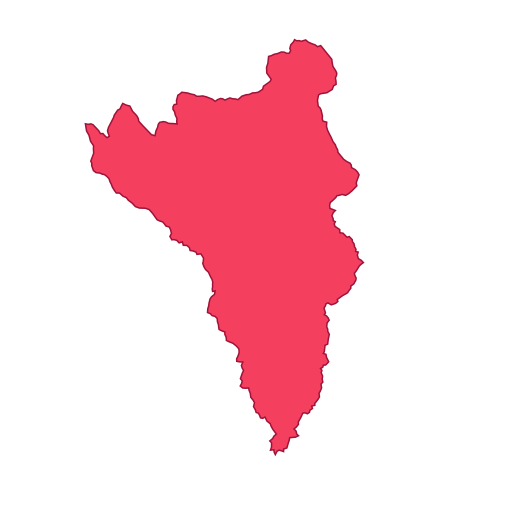 Guarani de Goiás, Goiás, Brazil, rotated 253°
{"feature_id": "56859067B43710707845726", "entity_name": "Guarani de Goiás", "entity_type": "district", "adm_level": 2, "iso_a3": "BRA", "parent_name": "Brazil", "parent_adm1": "Goiás", "projection": "albers", "projection_center": [-46.452, -13.879], "detail": "fine", "context": "isolated", "style": "filled", "palette": "rose", "viewbox_px": 512, "rotation_deg": 253, "n_neighbors": 0, "source": "geoboundaries", "source_scale": "gbopen_adm2", "svg_char_len": 5081}
<svg xmlns="http://www.w3.org/2000/svg" viewBox="0 0 512 512"><g transform="rotate(253 256 256)"><path d="M432.3,131.5L425.1,130.5L420.2,131.6L414.2,131.3L408.9,132.9L406.2,131.9L401.7,130.8L395.0,125.7L392.9,126.1L390.4,125.3L385.2,125.5L382.5,127.4L380.9,131.0L379.2,132.9L378.2,134.8L375.8,136.6L372.9,138.0L369.7,138.1L366.9,138.6L363.8,138.8L360.6,139.6L357.1,140.8L356.0,144.0L352.2,146.2L349.5,149.2L346.6,150.2L343.0,152.9L338.5,155.1L336.0,158.4L334.0,164.2L331.6,167.4L326.9,169.6L319.6,172.0L318.0,173.7L315.8,176.8L313.5,177.8L311.0,178.6L309.1,181.5L306.0,182.0L302.2,181.7L299.9,179.4L296.1,180.2L295.6,182.4L294.1,184.8L291.0,186.3L291.0,189.7L287.5,189.6L286.3,193.0L283.6,194.7L280.5,194.6L279.3,197.2L277.2,199.8L274.8,200.0L274.2,203.9L269.4,205.2L266.3,204.0L264.4,202.9L260.9,203.1L257.8,203.8L254.4,205.8L249.9,206.4L246.3,207.1L243.7,207.0L241.4,206.1L239.4,205.6L237.3,204.5L234.8,204.1L234.5,206.7L231.4,205.0L230.1,201.7L228.4,199.5L224.9,197.4L222.4,196.3L219.5,194.4L216.1,193.1L214.2,195.5L211.8,196.6L210.3,199.1L207.7,200.6L204.4,199.9L201.4,200.0L198.9,199.5L196.5,199.2L194.1,201.8L192.5,204.0L190.1,203.3L187.0,203.7L183.9,203.0L182.0,205.0L179.3,208.4L175.8,210.8L172.4,212.4L170.1,212.1L168.0,211.3L165.6,209.5L163.3,207.4L160.9,206.8L159.6,209.2L158.5,212.4L155.5,210.0L153.1,210.0L150.2,210.6L147.4,208.2L143.2,205.2L140.6,206.3L138.1,204.8L136.3,202.9L133.7,204.6L132.6,207.4L131.9,210.4L129.4,210.1L126.3,210.4L122.4,209.7L118.9,211.1L116.2,211.7L112.7,209.6L109.2,210.4L106.3,210.4L105.0,212.3L102.7,212.8L99.9,213.0L98.8,214.9L99.3,217.5L94.9,218.2L91.4,220.6L88.8,220.7L85.4,221.4L79.8,223.4L78.5,220.5L76.5,218.5L75.1,215.1L72.9,216.3L68.6,214.9L66.1,213.1L65.5,216.4L62.9,216.0L60.4,216.4L63.1,219.0L63.6,221.3L62.3,223.3L60.9,225.2L63.3,226.0L63.4,229.4L67.9,232.3L70.1,233.9L72.4,235.1L71.2,240.8L71.7,244.1L73.8,242.9L76.8,243.1L79.5,241.8L80.6,244.5L82.6,247.4L84.8,247.9L86.9,250.0L88.9,252.1L92.0,254.7L91.7,257.0L90.1,259.0L90.8,261.3L92.8,262.6L93.6,265.4L96.2,265.4L96.0,268.6L98.0,269.2L99.1,271.1L100.8,273.4L102.7,275.5L106.2,276.1L108.0,278.0L110.8,280.2L114.5,280.7L115.9,283.1L118.6,283.2L121.7,284.6L125.2,284.2L127.4,285.6L129.6,284.8L130.0,287.2L131.9,288.5L131.4,290.7L132.4,292.6L133.6,294.6L138.6,293.8L141.5,294.2L143.1,291.9L144.6,293.4L147.8,294.8L150.4,295.9L150.8,298.8L153.4,299.9L156.2,301.3L159.7,303.2L163.0,302.6L165.1,303.2L167.7,302.9L171.3,304.5L173.2,307.2L175.8,306.9L178.1,305.9L179.9,304.2L181.3,305.8L186.3,305.8L188.0,307.8L189.7,308.8L190.2,311.0L187.3,313.7L187.4,318.2L188.6,321.0L190.7,321.0L191.8,324.4L192.9,327.6L193.5,330.7L194.1,332.9L195.6,334.6L197.5,337.3L199.5,337.8L200.7,341.3L203.7,344.4L205.6,345.3L208.5,344.9L210.7,345.0L212.5,347.6L216.2,351.8L217.2,353.7L218.3,356.8L221.1,355.4L223.6,353.1L227.4,353.2L229.9,354.9L231.2,352.6L233.2,353.6L235.8,353.0L239.3,353.3L241.4,352.4L243.5,352.8L247.4,350.8L247.3,348.5L250.6,346.8L252.4,345.9L253.7,343.0L256.8,343.8L261.3,340.2L263.9,340.2L265.6,341.9L267.2,340.2L269.2,340.7L272.2,340.3L274.9,342.6L276.3,345.2L278.5,342.5L279.8,340.7L282.7,341.1L285.4,342.6L286.3,344.8L288.5,349.3L290.0,351.0L289.7,353.3L289.7,356.3L287.8,359.4L288.5,362.7L290.3,366.9L293.6,373.0L296.2,373.1L298.2,374.3L303.5,378.3L306.7,377.6L309.5,376.2L312.6,373.2L315.1,373.7L317.3,373.1L319.6,370.6L322.8,368.1L326.0,366.8L331.1,364.7L333.9,365.1L336.5,364.5L339.2,364.4L342.8,363.1L347.8,362.5L350.9,361.9L355.4,361.2L359.4,361.3L363.3,362.8L365.4,359.5L367.6,359.4L370.5,360.5L376.6,360.9L379.0,360.5L381.0,359.3L386.9,360.3L391.7,362.9L392.3,365.0L391.4,371.6L393.0,377.6L396.1,380.0L396.7,382.8L399.8,383.6L403.1,384.0L405.2,385.8L407.2,386.7L409.7,386.4L414.9,385.0L419.4,385.5L421.9,386.0L438.3,379.4L438.2,376.1L440.8,374.1L442.5,371.7L445.3,368.5L448.1,366.7L448.1,362.0L449.4,360.2L449.9,357.9L451.6,356.1L449.9,354.6L447.9,351.1L444.6,349.0L442.3,349.2L440.2,347.0L440.9,344.6L442.7,342.6L443.7,339.9L443.3,335.8L443.6,332.4L443.1,329.2L443.2,326.4L439.4,324.8L436.8,323.7L433.3,321.2L427.7,319.8L420.6,322.2L418.8,320.5L416.2,312.8L413.5,311.1L412.8,308.9L412.0,306.0L412.3,303.0L413.0,300.3L412.5,296.9L413.1,293.5L413.0,289.3L410.8,284.5L412.3,282.1L413.1,279.8L414.8,277.2L414.5,274.1L414.2,271.8L416.0,270.2L417.0,268.2L416.8,264.9L415.8,262.3L418.8,260.0L422.7,255.1L424.7,251.7L425.3,248.6L426.1,246.0L428.3,244.1L429.6,241.6L431.8,238.4L433.1,235.6L434.3,232.9L433.2,230.5L432.6,228.3L430.8,227.2L427.9,225.4L424.4,224.6L424.7,222.0L422.9,220.2L420.4,219.5L417.7,220.3L414.6,220.0L410.5,220.6L407.6,219.4L405.3,219.2L406.3,217.0L408.4,211.2L410.6,208.7L411.6,206.7L412.0,203.0L410.6,201.1L407.8,199.5L404.9,196.9L400.6,194.6L402.6,191.5L413.4,186.0L419.1,183.3L422.1,183.6L425.2,182.9L430.4,180.3L436.3,179.2L438.4,175.8L440.9,173.2L439.1,171.3L436.4,168.9L436.0,166.4L432.0,161.5L430.2,160.4L427.1,157.4L422.1,152.5L419.1,150.6L416.9,150.5L413.5,150.8L412.7,148.1L415.3,146.5L417.9,145.4L418.5,143.0L421.8,142.2L425.7,140.3L429.2,138.5L430.6,136.8L431.0,134.0L432.3,131.5Z" fill="#f43f5e" stroke="#9f1239" stroke-width="1.5"/></g></svg>